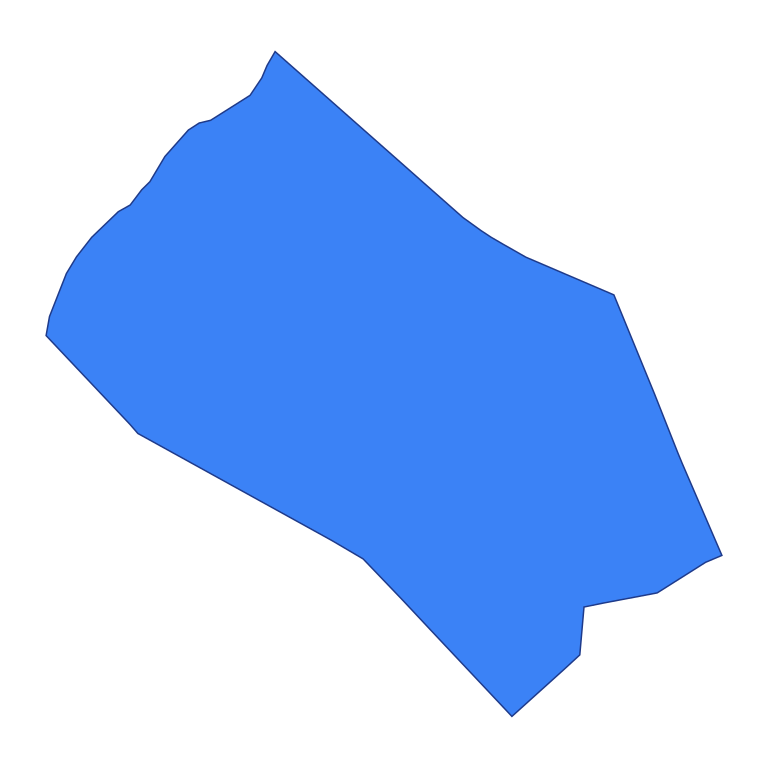 Matias Olímpio, Piauí, Brazil (orthographic projection)
{"feature_id": "56859067B98768329388642", "entity_name": "Matias Olímpio", "entity_type": "district", "adm_level": 2, "iso_a3": "BRA", "parent_name": "Brazil", "parent_adm1": "Piauí", "projection": "orthographic", "projection_center": [-42.594, -3.708], "detail": "fine", "context": "isolated", "style": "filled", "palette": "blue", "viewbox_px": 768, "rotation_deg": 0, "n_neighbors": 0, "source": "geoboundaries", "source_scale": "gbopen_adm2", "svg_char_len": 614}
<svg xmlns="http://www.w3.org/2000/svg" viewBox="0 0 768 768"><path d="M46.1,335.6L129.8,424.2L137.9,433.5L331.8,540.5L363.1,558.9L402.8,600.3L430.5,629.9L511.9,716.4L564.6,668.9L579.8,654.9L584.0,607.0L603.7,603.0L657.2,592.9L705.6,562.3L721.9,555.4L682.2,463.4L677.9,453.0L654.5,393.9L613.9,294.9L525.9,257.2L502.7,244.0L491.2,237.3L480.9,230.5L462.9,217.5L275.1,51.6L267.1,65.4L261.8,77.9L250.1,95.3L210.6,120.3L199.2,123.0L188.4,130.0L164.9,156.5L149.9,181.7L141.7,189.8L130.2,205.0L118.4,211.6L91.7,237.3L76.5,256.8L66.4,273.5L49.5,316.5L46.1,335.6Z" fill="#3b82f6" stroke="#1e3a8a" stroke-width="1.5"/></svg>